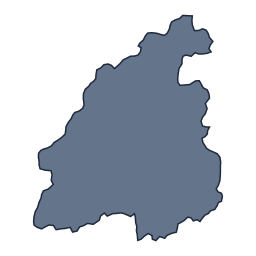 Passa Vinte, Minas Gerais, Brazil (Mercator projection)
{"feature_id": "56859067B565102456379", "entity_name": "Passa Vinte", "entity_type": "district", "adm_level": 2, "iso_a3": "BRA", "parent_name": "Brazil", "parent_adm1": "Minas Gerais", "projection": "mercator", "projection_center": [-44.257, -22.169], "detail": "fine", "context": "isolated", "style": "filled", "palette": "slate", "viewbox_px": 256, "rotation_deg": 0, "n_neighbors": 0, "source": "geoboundaries", "source_scale": "gbopen_adm2", "svg_char_len": 2451}
<svg xmlns="http://www.w3.org/2000/svg" viewBox="0 0 256 256"><path d="M34.0,224.9L37.1,227.3L41.6,228.9L44.4,227.3L48.9,225.0L53.5,225.5L56.1,229.7L60.3,228.9L64.7,228.5L70.2,227.4L72.6,232.1L77.1,231.0L79.6,226.9L83.7,225.6L87.6,223.4L93.2,224.3L99.3,220.2L100.6,215.9L104.4,213.1L107.2,216.1L112.9,213.6L115.9,213.5L121.0,212.9L124.5,213.8L130.6,216.5L134.4,213.8L135.3,216.9L135.7,222.6L136.8,226.7L136.4,230.6L137.3,234.9L137.7,240.4L141.1,239.2L144.3,236.2L148.2,233.5L151.9,235.5L152.4,239.2L155.9,240.6L159.6,236.5L164.7,238.3L167.1,235.3L171.8,233.3L176.3,232.2L177.4,227.9L177.9,224.1L180.7,222.5L183.9,220.7L187.6,217.2L191.0,217.8L193.3,220.9L196.9,219.7L200.0,221.5L202.4,218.1L205.0,215.1L208.4,213.5L210.5,210.8L214.8,209.4L217.2,205.6L218.4,202.5L221.4,201.3L222.4,196.7L221.5,193.3L217.9,191.8L216.2,188.8L218.4,185.1L219.9,180.6L220.2,176.6L220.4,173.0L220.4,169.1L220.4,165.6L220.7,162.2L219.9,157.2L217.2,153.7L213.1,151.9L209.3,150.2L206.5,148.2L204.7,145.3L202.8,142.3L202.1,138.2L205.1,136.6L207.3,134.1L207.6,130.7L209.5,127.0L206.0,127.0L202.5,125.9L201.0,121.2L202.6,117.1L205.3,113.8L207.1,108.6L205.3,103.4L209.5,98.2L208.9,93.8L207.3,89.9L203.2,87.8L201.3,84.3L199.3,80.7L195.7,80.9L192.9,82.5L189.9,84.5L185.5,84.9L180.2,85.4L177.9,82.5L177.7,77.7L178.2,73.6L179.0,68.6L182.0,63.8L182.0,59.5L183.0,56.3L185.9,55.0L191.2,56.3L195.0,52.7L198.7,54.0L201.9,54.0L206.8,53.4L211.1,51.9L208.9,48.7L210.3,44.9L212.9,41.4L209.3,37.3L208.3,33.7L206.2,30.2L202.6,28.8L198.7,30.5L194.4,30.6L192.3,24.9L191.9,20.6L192.3,15.9L187.8,15.7L182.8,15.4L179.4,18.6L175.2,19.9L171.6,22.0L170.1,25.4L169.4,28.9L167.4,33.0L164.5,35.4L160.8,34.5L156.4,33.2L151.5,32.7L147.6,33.1L145.5,35.7L143.3,40.1L139.8,43.1L138.3,46.0L141.0,47.6L140.6,51.3L138.3,54.9L134.8,56.0L130.3,56.3L127.3,57.9L123.1,59.9L119.9,63.8L116.9,66.4L114.5,68.6L111.5,65.4L108.1,64.0L103.9,64.7L100.8,67.9L96.8,69.8L96.0,74.7L95.8,78.5L93.6,81.3L90.6,83.4L88.7,86.3L85.3,89.2L83.5,93.6L83.3,98.4L84.1,104.7L82.6,108.4L79.1,111.1L74.8,112.5L72.7,115.2L71.3,118.5L68.5,122.1L66.1,126.5L65.7,130.0L65.2,134.1L61.9,137.2L58.5,139.8L54.3,142.3L51.3,146.0L47.1,148.1L44.0,148.9L40.7,150.5L38.6,153.3L38.4,157.0L39.1,161.6L39.1,164.9L40.1,168.8L45.5,170.2L50.9,170.7L52.1,174.8L51.2,180.2L53.2,184.4L50.9,186.7L48.1,189.1L43.4,190.9L41.6,194.7L41.1,198.0L39.1,202.2L37.6,207.4L35.3,211.5L34.0,216.9L33.6,221.5L34.0,224.9Z" fill="#64748b" stroke="#1e293b" stroke-width="1.5"/></svg>